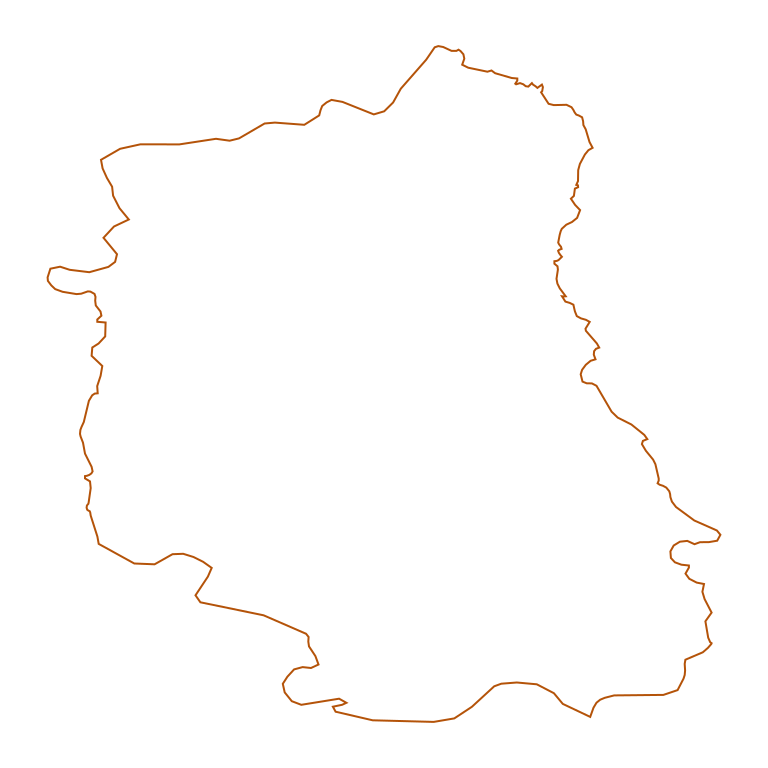 SVG path tracing the border of Lublin
{"feature_id": "POL-3151", "entity_name": "Lublin", "entity_type": "Voivodeship", "adm_level": 1, "iso_a3": "POL", "parent_name": "Poland", "parent_adm1": "", "projection": "equal_earth", "projection_center": [23.045, 51.304], "detail": "fine", "context": "isolated", "style": "outline", "palette": "amber", "viewbox_px": 768, "rotation_deg": 0, "n_neighbors": 0, "source": "natural_earth", "source_scale": "10m", "svg_char_len": 3769}
<svg xmlns="http://www.w3.org/2000/svg" viewBox="0 0 768 768"><path d="M458.5,49.7L460.5,51.0L463.4,54.3L464.3,58.7L462.2,64.7L468.2,67.7L487.4,71.7L491.5,70.5L495.1,73.2L511.7,78.0L517.3,78.5L517.3,80.6L515.3,83.7L516.1,84.3L520.0,83.1L523.3,84.3L525.7,86.2L528.3,86.6L531.9,83.1L533.0,84.6L535.6,86.3L537.4,87.9L541.9,84.6L542.9,87.1L542.2,91.1L541.1,92.3L548.6,103.8L553.8,105.1L566.5,104.8L571.5,107.2L573.3,109.8L574.7,112.5L576.3,114.6L578.8,115.5L582.1,117.3L583.1,121.2L583.4,125.1L585.7,129.3L589.5,142.0L592.6,147.8L588.4,150.2L584.9,154.5L579.9,163.9L578.2,170.1L578.0,181.1L576.3,184.9L577.3,185.2L577.8,185.2L578.0,185.6L578.1,187.2L574.9,188.6L573.9,195.9L570.9,198.7L575.1,204.9L580.1,210.1L577.1,217.9L572.0,222.0L566.3,224.7L561.8,228.8L560.7,231.2L559.7,234.8L558.2,242.6L559.1,244.4L561.0,246.8L561.6,248.9L559.1,249.8L558.1,250.8L558.9,252.9L560.6,255.3L561.9,256.8L558.5,260.1L556.8,260.9L554.4,261.2L554.4,263.7L557.5,266.3L557.9,269.6L556.5,278.8L557.4,283.6L559.8,288.4L565.7,296.3L563.9,296.5L562.0,296.3L565.4,301.6L569.7,302.9L573.4,304.7L574.4,309.2L574.9,311.3L576.8,316.1L581.0,318.4L585.9,319.8L589.7,321.9L585.5,328.7L585.9,330.8L596.9,343.5L599.2,347.6L596.0,348.8L594.1,351.2L593.8,354.7L595.5,359.3L590.6,360.8L585.8,364.8L582.1,369.8L580.7,374.3L582.5,381.6L586.7,383.3L591.9,383.4L596.5,385.8L611.6,411.7L617.7,417.6L631.4,424.5L644.3,434.9L647.3,439.1L642.9,440.9L641.9,444.1L645.9,450.8L653.1,459.6L655.4,464.2L658.7,478.5L658.7,480.6L657.6,483.3L659.6,484.7L663.0,485.8L666.3,487.6L669.3,491.3L670.1,494.1L670.4,497.1L671.9,501.6L676.0,507.0L694.3,520.5L716.9,530.5L720.4,534.8L717.2,540.7L709.0,542.1L700.0,542.2L694.5,544.2L687.3,540.9L679.9,541.7L673.7,545.5L670.4,551.4L670.9,558.0L674.9,562.3L681.4,564.7L688.9,565.5L688.9,567.6L685.5,573.6L689.3,578.8L696.7,582.6L704.0,584.0L702.4,591.8L704.6,599.1L711.5,612.4L711.6,612.6L705.4,621.3L708.2,637.7L710.2,642.2L711.6,643.2L711.3,644.0L707.9,647.9L702.8,652.3L685.4,659.7L684.7,663.9L685.1,670.5L684.7,675.0L683.5,678.7L677.6,690.1L663.4,694.9L614.2,695.4L604.8,697.8L600.2,699.7L596.5,702.7L593.5,707.7L590.2,716.9L562.8,703.9L553.9,693.2L536.8,684.3L516.8,682.5L501.3,683.7L494.2,686.3L471.9,706.8L454.3,718.4L433.7,721.9L372.7,720.3L335.6,711.7L332.9,706.7L342.1,704.8L346.4,702.8L339.1,698.7L301.3,704.8L291.8,701.2L284.7,692.4L282.8,683.8L287.4,676.7L294.1,669.4L302.6,667.1L311.0,668.0L318.5,664.5L315.4,656.1L309.0,646.4L308.3,641.6L308.6,637.0L306.1,633.8L263.6,615.3L200.4,602.3L195.5,595.3L207.9,576.6L211.7,567.9L203.1,561.8L193.5,557.0L183.2,553.8L172.5,554.2L154.6,564.3L134.3,563.5L98.7,543.9L97.4,536.6L90.7,515.6L90.2,512.4L89.7,511.2L88.4,510.6L87.2,509.7L86.6,507.7L86.9,505.6L87.6,504.6L88.3,503.9L88.6,502.8L90.7,488.1L90.0,481.4L85.0,478.4L85.0,476.1L86.9,475.8L89.3,474.9L91.4,473.4L92.6,471.4L91.6,466.8L85.0,453.6L83.0,442.7L80.6,436.5L80.0,433.9L80.4,429.9L81.5,427.0L83.8,422.0L88.9,400.8L92.2,395.3L94.7,393.6L97.7,393.3L97.2,386.1L100.6,375.8L102.3,366.0L91.6,355.8L92.3,347.5L98.6,343.5L105.2,336.4L105.6,322.5L97.3,321.8L97.3,319.5L101.4,315.7L100.5,311.5L95.8,305.5L95.2,300.7L95.5,296.9L94.5,293.9L90.4,291.6L87.8,291.4L81.2,293.7L76.5,294.1L62.6,291.8L55.2,289.1L51.3,285.4L47.9,280.9L47.6,277.4L50.4,268.7L60.1,266.7L69.7,269.8L89.3,272.2L108.4,266.9L115.1,261.9L117.0,254.2L103.5,237.8L114.0,226.5L128.8,219.5L119.5,208.2L113.1,195.7L112.1,186.7L106.9,177.9L102.6,168.4L101.0,159.8L120.1,148.8L140.5,144.3L179.3,144.4L216.0,138.8L229.6,140.7L239.0,138.4L264.6,123.5L274.9,122.6L304.3,124.8L319.2,115.4L320.5,110.3L322.2,106.0L326.6,102.4L331.5,99.9L342.5,101.9L373.8,114.4L384.2,111.3L393.1,102.5L400.8,88.7L426.2,59.7L434.7,47.3L438.3,46.1L443.2,47.0L451.6,50.9L456.4,50.9L458.5,49.7Z" fill="none" stroke="#b45309" stroke-width="2"/></svg>